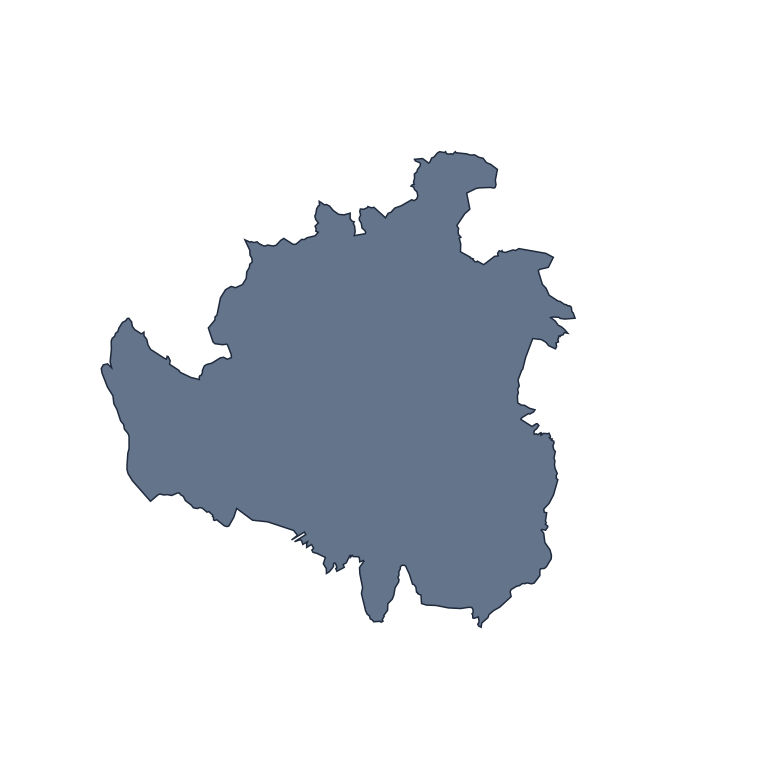 Aquixtla, Puebla, Mexico (Albers equal-area conic projection), rotated 39°
{"feature_id": "50627088B80645890031295", "entity_name": "Aquixtla", "entity_type": "district", "adm_level": 2, "iso_a3": "MEX", "parent_name": "Mexico", "parent_adm1": "Puebla", "projection": "albers", "projection_center": [-97.929, 19.78], "detail": "fine", "context": "isolated", "style": "filled", "palette": "slate", "viewbox_px": 768, "rotation_deg": 39, "n_neighbors": 0, "source": "geoboundaries", "source_scale": "gbopen_adm2", "svg_char_len": 6170}
<svg xmlns="http://www.w3.org/2000/svg" viewBox="0 0 768 768"><g transform="rotate(39 384 384)"><path d="M435.9,179.0L427.6,180.6L403.6,193.9L402.3,197.4L399.9,198.6L395.5,205.4L392.8,206.8L391.8,206.1L391.7,207.2L389.7,208.0L390.0,210.9L392.1,212.6L389.6,215.2L386.4,228.5L379.2,229.8L379.3,230.7L378.0,231.7L374.7,231.4L374.6,230.6L372.0,231.7L371.5,231.1L360.2,233.1L355.6,227.0L350.7,223.3L351.4,221.5L347.7,220.9L345.4,218.6L344.1,216.1L340.9,215.1L339.6,200.9L340.7,194.1L328.1,183.6L332.4,174.3L334.5,171.7L343.0,164.3L346.0,162.6L346.7,161.4L345.7,158.7L342.3,155.6L337.1,145.9L328.9,146.1L324.3,147.5L318.9,146.2L315.1,148.1L310.2,148.9L307.1,151.7L303.4,153.1L294.5,158.9L293.2,158.6L292.8,162.3L291.1,162.9L290.0,164.4L287.6,165.6L285.6,164.7L285.2,166.2L281.1,168.4L280.1,170.8L280.0,176.2L278.8,178.4L279.9,182.2L279.7,184.2L272.1,184.5L266.3,190.2L268.0,190.9L272.5,189.5L273.7,189.8L274.9,192.0L275.0,196.2L276.0,198.3L275.5,201.8L278.3,204.9L279.9,208.6L281.9,209.8L280.6,211.3L280.4,213.2L283.1,212.3L285.3,213.7L288.6,213.9L292.0,216.6L293.0,219.9L291.8,222.8L289.6,223.3L285.1,234.9L281.6,240.6L281.4,246.0L279.8,248.7L280.6,253.9L265.0,253.0L263.2,255.1L259.8,256.2L260.2,257.1L258.4,260.8L255.5,262.9L256.5,265.1L259.6,267.5L260.2,270.3L261.6,272.1L265.0,273.3L268.9,276.7L272.2,276.7L274.3,277.6L274.8,279.0L267.5,287.4L265.8,283.8L261.8,279.8L259.3,278.7L258.8,276.7L256.7,277.5L253.7,276.9L250.2,272.5L246.5,277.7L242.0,280.7L235.4,281.1L229.9,280.0L226.4,280.7L225.0,282.2L218.7,282.8L221.4,285.7L220.9,287.1L221.4,290.3L223.9,294.6L224.5,297.0L227.4,299.1L231.6,300.2L231.1,304.7L233.6,306.1L234.9,308.2L237.4,307.4L237.2,312.2L232.2,318.7L231.1,322.0L229.0,323.4L227.6,330.8L225.4,332.7L214.5,333.9L213.3,337.5L212.9,344.0L210.9,346.6L206.0,349.3L205.1,351.2L203.4,352.5L198.1,353.6L196.0,353.3L193.9,355.9L191.1,357.0L190.7,358.0L185.2,359.5L195.5,364.5L198.9,368.3L202.0,369.3L204.8,372.1L204.3,375.4L206.0,378.2L206.8,383.3L210.5,388.6L211.4,395.9L208.0,402.6L203.8,404.4L201.5,410.5L202.7,420.0L210.8,435.5L210.5,438.3L212.3,440.6L212.2,451.0L224.6,458.9L227.2,459.1L233.9,455.0L236.6,452.1L237.8,452.1L246.5,457.1L248.8,459.5L246.6,463.4L242.5,464.2L240.3,466.8L237.1,476.1L234.0,480.3L233.0,483.0L234.3,487.6L235.9,489.8L236.5,492.3L235.7,493.3L236.0,494.9L237.7,496.7L229.9,500.4L218.3,503.2L215.9,502.5L204.9,503.6L203.2,500.5L199.1,498.5L198.0,498.9L199.2,501.5L197.7,502.2L180.9,504.0L176.1,502.2L171.5,498.6L167.2,497.6L164.8,494.8L164.2,497.1L163.4,497.8L156.1,498.6L152.2,497.6L148.8,494.6L144.3,493.5L143.3,494.5L143.4,497.5L142.0,500.8L142.8,507.6L144.1,510.6L143.5,513.7L144.6,516.0L144.1,519.7L145.0,522.3L150.3,528.6L157.1,539.0L162.1,542.8L156.5,542.3L153.8,545.8L154.6,550.0L158.2,553.1L171.2,560.5L180.8,563.8L186.4,569.3L192.6,571.9L202.5,578.4L207.2,579.4L210.7,582.5L215.9,583.5L218.6,584.9L226.5,594.6L228.6,599.2L235.3,608.7L238.1,612.2L241.5,614.7L249.3,617.5L276.3,622.1L278.2,612.0L279.4,610.4L282.8,608.8L285.0,606.5L289.2,604.2L292.2,598.5L293.8,597.5L295.5,598.1L298.7,597.6L303.0,599.6L310.5,599.4L313.7,600.2L317.3,598.3L318.6,595.9L321.1,594.8L327.0,595.0L328.3,593.4L333.5,593.7L333.9,594.8L335.6,595.0L337.0,596.9L338.3,596.6L339.4,594.8L349.2,594.7L351.7,593.6L352.8,592.1L351.2,582.2L347.8,573.4L367.5,572.6L380.4,564.3L405.9,554.7L412.0,556.0L410.3,563.4L415.3,549.2L418.0,550.2L413.7,562.9L416.8,557.8L418.5,557.6L421.9,559.8L423.8,554.8L424.4,556.8L426.7,559.7L428.7,554.3L432.7,555.9L432.4,558.5L434.8,559.5L438.6,557.8L447.6,555.7L450.0,561.9L455.4,563.8L458.5,567.5L459.6,564.4L459.7,560.3L459.6,557.6L458.0,555.5L458.0,554.5L459.3,554.0L463.2,556.4L462.6,557.7L465.2,559.2L468.5,551.5L465.9,550.0L467.2,546.7L465.4,538.8L466.2,538.1L467.0,539.4L467.2,537.1L468.8,537.5L472.2,534.8L473.9,534.3L477.1,537.5L479.1,534.1L479.9,534.4L480.5,542.1L484.8,546.8L495.5,555.7L498.3,561.0L512.5,571.9L515.9,573.5L518.6,573.4L521.1,575.2L523.4,574.7L525.6,575.3L530.3,570.9L531.7,570.9L532.5,568.9L531.0,568.3L530.3,564.4L529.5,564.0L529.2,557.6L525.3,552.4L525.8,546.0L524.5,541.9L520.9,535.5L520.0,528.7L518.7,526.5L516.4,525.5L516.2,523.6L513.7,520.5L513.0,517.4L511.6,515.5L512.1,513.5L514.3,511.9L515.7,512.0L523.9,516.1L532.1,521.6L533.4,521.0L536.5,521.7L540.3,525.3L541.3,524.9L542.1,525.7L545.6,524.8L551.3,531.0L556.1,529.1L563.9,523.3L574.9,517.5L584.7,510.4L590.5,504.1L592.9,502.5L594.7,503.0L597.2,505.5L597.0,507.3L598.4,507.8L600.2,509.9L601.4,509.5L603.9,505.7L607.6,508.9L608.1,511.8L610.1,512.5L612.6,511.9L610.4,508.3L611.8,500.1L610.7,497.2L611.8,491.1L614.4,484.5L616.6,469.2L612.8,466.1L612.1,463.8L614.4,457.6L616.2,455.4L617.2,451.8L619.0,450.7L620.4,448.5L624.4,446.5L626.0,444.2L625.7,434.8L622.1,430.3L622.0,429.1L624.7,426.4L625.2,423.8L624.0,414.7L621.9,411.7L617.3,408.4L608.7,405.9L602.0,399.4L598.1,398.6L598.3,397.6L601.5,396.0L601.4,392.6L600.8,391.4L597.6,391.5L597.4,389.7L595.7,388.9L591.5,381.7L589.3,382.8L586.9,380.8L587.4,372.8L585.5,363.4L579.3,348.9L577.3,348.9L575.4,346.6L575.0,344.5L570.0,341.9L567.2,339.4L565.2,336.1L562.9,334.9L559.6,328.6L557.1,328.1L554.2,325.8L553.2,322.7L551.9,321.6L549.7,322.3L549.4,320.9L547.4,322.0L546.3,321.5L546.8,320.7L546.2,319.9L543.2,318.4L542.5,319.6L539.0,322.0L538.3,325.1L537.6,324.8L537.4,323.1L536.6,323.0L535.3,326.6L533.7,326.9L532.4,328.5L530.8,327.1L530.2,325.3L530.8,323.0L530.5,318.8L528.2,318.4L527.3,319.1L525.7,323.9L512.5,325.4L512.4,323.2L514.4,317.5L515.1,316.0L516.3,315.5L517.8,311.6L517.6,309.0L512.4,311.3L506.7,312.1L504.1,313.9L499.8,314.5L495.0,309.1L494.0,306.3L491.1,303.9L490.3,300.3L485.7,296.7L482.4,286.7L482.5,285.2L477.5,274.6L471.0,255.1L478.4,250.4L483.6,249.7L487.9,250.6L495.1,248.8L494.6,246.3L491.8,243.9L493.1,241.5L490.8,239.8L491.1,239.0L489.6,236.6L491.1,236.1L490.8,234.9L492.2,233.1L491.8,230.5L494.9,228.9L490.5,228.1L486.0,227.9L482.4,228.7L477.3,227.3L471.7,227.5L473.3,225.5L477.9,222.1L479.6,222.2L483.7,219.7L491.1,212.6L486.1,209.6L484.5,209.5L481.2,206.4L479.0,206.4L477.9,207.5L475.8,207.6L474.1,208.6L468.9,209.0L467.1,210.0L456.5,211.1L449.7,207.6L444.4,206.9L432.7,199.0L432.8,197.0L438.3,189.9L435.9,179.0Z" fill="#64748b" stroke="#1e293b" stroke-width="1.5"/></g></svg>